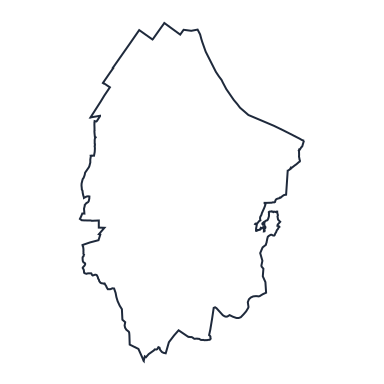 outline of Luncavita, Tulcea, Romania
{"feature_id": "2599482B10547950725498", "entity_name": "Luncavita", "entity_type": "district", "adm_level": 2, "iso_a3": "ROU", "parent_name": "Romania", "parent_adm1": "Tulcea", "projection": "orthographic", "projection_center": [28.311, 45.281], "detail": "fine", "context": "isolated", "style": "outline", "palette": "slate", "viewbox_px": 384, "rotation_deg": 0, "n_neighbors": 0, "source": "geoboundaries", "source_scale": "gbopen_adm2", "svg_char_len": 5896}
<svg xmlns="http://www.w3.org/2000/svg" viewBox="0 0 384 384"><path d="M164.3,23.0L163.8,23.8L161.4,27.1L152.9,39.1L152.5,39.5L139.2,30.1L130.0,43.4L112.8,67.9L113.2,68.2L110.2,72.4L102.9,83.0L103.2,83.2L103.3,82.9L109.9,87.3L104.3,95.6L100.6,101.7L90.4,117.6L90.5,117.6L90.7,117.4L92.9,117.0L100.0,115.8L100.0,116.2L97.1,120.7L96.5,121.4L96.3,121.5L96.0,121.5L94.6,121.1L94.4,122.7L94.4,123.0L94.5,123.7L94.4,124.0L94.4,125.0L94.5,127.9L94.5,129.9L94.6,130.5L94.4,130.9L94.5,132.9L94.9,137.1L95.0,137.2L95.6,137.2L95.7,137.3L95.1,138.1L94.9,138.6L94.7,139.7L94.7,141.3L94.7,143.7L95.0,144.1L94.8,145.0L94.9,145.7L94.6,146.2L94.8,146.8L94.9,148.5L94.7,152.0L94.0,155.7L91.7,155.6L91.7,155.8L90.7,155.8L90.8,156.3L90.7,157.0L90.3,159.5L90.3,162.5L89.4,166.0L88.9,167.2L85.1,172.7L84.8,174.4L84.5,175.5L83.6,177.9L82.8,178.9L82.4,180.2L81.6,183.5L81.5,185.5L81.8,188.5L81.8,189.4L82.5,190.8L82.7,192.8L83.3,195.6L83.6,196.4L83.8,197.2L84.0,197.5L84.0,197.9L86.4,196.6L87.2,196.4L88.2,196.3L89.4,196.5L89.3,198.6L88.7,201.2L88.1,202.1L86.9,202.9L86.6,202.9L86.0,203.5L84.7,205.1L84.8,205.6L84.0,208.7L84.4,213.6L82.3,213.5L81.0,216.7L79.9,218.9L80.9,219.6L81.6,220.2L84.1,220.4L90.9,220.5L91.7,220.8L98.8,220.5L98.8,227.6L104.4,227.8L98.9,234.2L100.3,234.6L98.5,240.2L90.1,242.4L82.5,245.0L82.6,245.7L82.8,246.2L83.1,246.6L83.2,247.5L83.4,248.8L83.5,250.4L83.4,250.9L83.5,252.5L83.4,253.7L83.8,254.5L84.0,254.7L83.6,255.5L83.5,256.3L82.7,257.1L82.6,257.5L82.6,258.9L82.8,261.0L83.5,262.4L84.4,262.8L85.0,263.3L85.2,263.8L85.1,264.5L84.6,265.5L83.9,266.3L82.8,267.5L82.7,267.7L82.7,268.0L82.9,268.4L83.6,269.4L83.8,270.0L83.9,270.8L84.1,272.6L84.4,273.1L85.6,273.5L86.3,273.8L88.1,273.3L91.2,273.3L91.3,273.4L92.1,275.0L92.8,275.5L94.7,274.8L95.5,274.7L96.3,274.9L96.9,275.3L97.3,276.2L97.9,277.3L98.1,278.6L98.5,279.1L98.9,279.7L99.2,281.0L99.4,281.4L99.9,281.9L100.1,282.4L100.9,283.0L101.8,283.3L102.9,283.4L103.7,283.7L104.3,283.4L104.7,283.5L105.0,284.3L106.2,286.1L106.7,287.4L107.8,289.2L110.2,289.2L111.4,288.8L112.3,288.3L114.1,288.5L115.6,292.9L116.4,297.1L117.6,301.1L119.7,305.7L121.9,309.2L122.4,319.7L125.2,322.2L124.6,325.5L125.1,327.7L126.3,329.7L128.8,331.7L129.2,332.8L129.4,335.1L129.7,344.6L138.4,348.9L142.4,357.8L142.6,358.3L143.6,360.9L143.7,361.0L143.7,360.9L144.8,356.4L146.0,357.2L148.7,354.1L153.9,350.4L154.7,349.4L156.5,349.5L157.3,349.1L158.4,347.2L159.5,347.7L160.1,349.8L161.9,352.0L163.5,352.8L165.7,353.3L166.0,352.3L168.9,342.2L174.1,335.4L178.6,330.3L188.2,336.8L188.3,336.7L190.2,337.1L191.1,337.0L192.4,337.4L193.8,338.5L194.5,338.8L197.0,338.6L197.7,338.8L198.0,338.7L198.7,338.9L199.3,338.9L200.6,339.8L201.9,340.0L203.3,339.9L204.3,340.2L207.3,340.1L208.0,339.9L209.5,339.8L210.1,339.5L210.6,338.8L210.5,338.5L210.6,338.2L210.4,337.7L210.4,336.5L210.1,336.0L209.1,335.1L210.3,329.6L212.1,318.7L213.7,307.9L215.1,307.3L216.5,308.2L222.8,315.2L224.6,316.3L226.0,316.7L227.4,316.5L229.6,315.1L232.8,316.7L236.2,317.9L236.8,318.0L238.7,318.0L240.8,317.2L243.6,314.3L246.1,311.4L248.1,308.1L248.5,307.0L247.8,302.2L248.9,299.3L250.8,297.5L253.2,296.4L255.9,296.1L257.4,296.2L258.6,296.4L259.7,296.1L262.8,294.2L266.1,292.7L265.4,282.1L262.8,276.3L263.4,268.7L261.6,266.6L261.4,265.5L262.4,260.8L260.2,253.1L262.6,247.4L265.9,244.8L266.1,243.7L266.6,242.4L266.7,241.5L267.0,240.3L267.2,239.1L267.8,236.8L268.4,236.3L268.6,236.0L269.0,235.8L270.5,234.9L271.1,234.7L271.7,234.8L272.8,235.4L273.4,235.5L274.0,235.6L274.3,235.5L274.6,235.2L275.2,233.6L276.1,232.2L276.8,230.3L277.9,229.0L278.1,228.6L278.4,227.8L279.4,226.9L278.9,226.3L277.4,225.8L277.5,225.5L277.6,224.8L278.0,224.2L280.2,221.8L278.3,219.9L278.0,219.3L277.5,216.4L277.6,216.1L277.8,215.7L277.9,215.1L277.5,213.7L277.2,212.3L277.2,211.6L276.5,211.6L276.3,212.2L274.0,211.6L273.5,212.1L273.3,212.2L272.1,211.4L271.7,211.3L271.4,211.6L271.1,211.6L270.1,211.5L269.6,211.6L269.1,211.8L268.8,212.1L268.8,212.3L268.9,212.7L269.0,213.8L268.9,214.7L269.0,214.9L268.9,216.4L268.6,217.4L268.2,218.7L267.4,220.2L266.9,220.4L266.3,220.5L265.1,221.3L264.6,221.7L263.9,222.0L262.6,223.2L262.8,223.6L262.4,224.0L262.8,224.5L263.6,223.6L264.2,222.5L264.4,222.5L264.5,222.6L264.3,223.1L264.3,224.1L264.4,224.9L264.6,225.3L264.4,225.7L264.2,226.4L264.3,226.5L265.3,226.8L265.4,227.0L265.4,227.3L265.4,227.8L265.2,228.2L264.8,228.3L264.3,229.0L264.5,229.7L264.6,230.2L264.7,230.7L264.6,230.9L264.5,231.3L263.9,231.4L264.0,230.7L263.9,229.9L263.8,229.7L263.8,228.0L263.6,227.2L263.2,227.3L262.9,227.3L261.9,228.2L261.7,228.3L260.8,227.8L260.2,229.1L260.5,229.2L260.3,229.4L260.1,229.4L259.8,229.5L259.7,229.8L258.8,229.9L258.5,230.1L257.8,229.9L257.2,230.1L257.3,230.4L257.3,230.5L257.0,230.7L256.6,230.6L256.3,230.9L256.0,230.8L256.1,228.1L256.3,227.4L256.9,224.2L256.4,224.2L255.3,224.2L255.1,224.1L255.4,223.7L255.9,223.5L256.5,223.5L257.2,223.3L257.8,222.8L259.0,221.2L260.4,220.4L260.1,219.1L260.1,217.8L260.3,216.8L261.4,214.9L261.9,213.1L264.1,208.2L264.9,206.2L265.5,204.2L265.5,203.9L265.4,203.7L264.9,203.6L264.6,203.4L264.6,202.9L265.7,202.9L271.6,202.7L273.0,202.3L274.2,202.4L275.1,201.9L275.2,201.4L275.3,200.8L275.5,200.3L276.0,199.5L276.5,199.1L277.7,198.6L279.1,198.3L280.1,197.4L280.5,197.4L280.7,197.6L282.3,196.2L283.7,195.2L284.7,194.9L286.1,194.7L287.7,170.8L287.8,170.8L288.6,170.2L290.6,168.9L290.9,168.6L290.5,168.3L291.0,167.5L291.6,167.9L294.9,165.3L295.7,164.8L297.3,163.5L298.6,162.3L299.8,161.5L299.9,161.2L299.9,160.5L299.5,159.4L299.4,158.5L299.0,156.6L299.1,155.0L299.0,150.6L298.8,150.5L299.3,149.3L299.9,149.5L301.0,147.7L301.6,146.9L302.2,146.5L303.9,140.8L304.1,140.8L301.9,140.0L299.5,138.6L283.2,130.3L273.9,125.8L265.2,122.1L248.4,115.0L240.0,107.7L237.2,104.0L233.8,100.0L226.3,89.1L222.8,82.5L221.6,80.0L218.9,76.4L215.9,71.9L205.7,51.7L202.3,42.1L201.3,38.9L200.1,34.4L197.6,29.6L191.3,30.8L183.6,29.8L180.2,34.6L164.3,23.0Z" fill="none" stroke="#1e293b" stroke-width="2"/></svg>